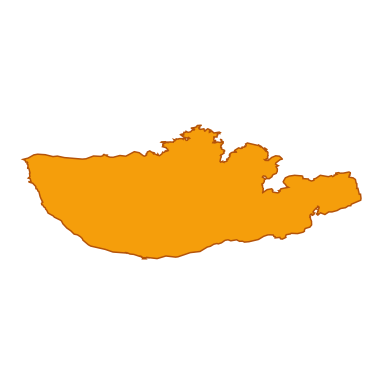 the district of Sula nor, Møre og Romsdal, Norway
{"feature_id": "86288312B40497939679228", "entity_name": "Sula nor", "entity_type": "district", "adm_level": 2, "iso_a3": "NOR", "parent_name": "Norway", "parent_adm1": "Møre og Romsdal", "projection": "mercator", "projection_center": [6.236, 62.423], "detail": "fine", "context": "isolated", "style": "filled", "palette": "amber", "viewbox_px": 384, "rotation_deg": 0, "n_neighbors": 0, "source": "geoboundaries", "source_scale": "gbopen_adm2", "svg_char_len": 6056}
<svg xmlns="http://www.w3.org/2000/svg" viewBox="0 0 384 384"><path d="M201.6,125.2L197.4,125.5L196.6,126.3L196.7,126.8L194.3,127.6L190.9,128.1L194.5,129.3L194.3,129.9L192.1,130.2L190.6,131.8L188.0,132.4L186.0,131.3L185.7,132.3L183.9,132.4L183.9,133.2L182.9,133.9L183.7,134.4L183.6,134.8L181.3,134.2L180.8,134.5L182.2,135.2L181.3,135.3L183.7,137.1L187.2,138.1L188.5,137.4L189.7,138.3L188.0,139.2L187.4,140.3L186.1,140.4L185.1,138.7L183.3,138.6L183.1,139.3L182.2,138.6L179.1,138.6L178.2,139.1L176.2,138.9L176.2,139.5L175.4,140.1L173.9,139.6L174.8,140.8L173.4,141.6L173.3,142.2L170.4,142.0L170.4,141.3L170.2,142.1L167.8,142.1L167.8,142.6L165.4,141.7L161.6,141.9L161.2,142.2L164.9,143.1L163.2,143.8L163.1,144.6L162.8,144.6L162.8,145.6L163.3,145.6L162.5,146.7L166.3,147.7L166.4,148.3L167.8,149.3L167.7,149.8L168.2,150.6L166.7,151.2L166.1,150.6L165.6,150.9L166.4,151.3L165.2,151.2L164.6,152.1L163.2,152.6L162.7,152.2L161.8,154.0L159.5,155.7L158.7,155.5L157.8,154.0L157.4,155.1L154.6,153.8L153.7,154.0L153.1,153.3L153.8,152.7L151.7,152.2L149.8,150.9L147.4,152.0L146.9,153.4L146.4,153.6L146.1,154.5L146.6,154.9L146.3,155.3L144.6,156.2L143.2,155.7L139.2,152.7L134.3,151.7L125.8,156.2L119.9,155.5L113.2,157.3L109.8,157.2L106.6,155.9L107.1,155.1L104.7,155.0L104.0,154.4L103.4,154.7L103.0,155.7L100.9,156.4L93.5,156.0L86.0,158.8L82.3,159.1L64.4,157.6L57.4,156.1L53.0,156.6L45.2,154.7L37.6,154.2L33.8,154.9L28.1,158.1L23.0,159.4L25.1,160.3L25.7,162.0L27.1,162.0L27.6,162.7L27.0,163.3L27.1,164.0L27.9,164.4L28.0,166.8L27.7,167.4L27.7,168.2L28.4,168.0L29.1,169.3L30.0,173.0L29.5,173.3L29.9,176.7L28.3,178.1L30.2,178.7L31.0,181.6L29.0,181.6L29.1,182.1L32.7,183.2L35.7,186.4L36.0,188.7L37.2,189.1L38.0,191.1L38.9,191.7L40.2,196.8L41.6,200.1L42.0,200.3L42.1,201.4L42.8,202.1L41.5,203.3L41.8,204.7L42.6,204.8L43.9,206.9L45.3,207.8L45.6,209.1L46.7,210.2L48.1,213.1L53.1,215.8L54.4,217.2L60.5,220.2L61.5,221.0L62.9,223.8L66.9,228.1L70.8,230.8L74.1,234.1L77.4,234.8L80.4,236.7L82.3,238.6L82.9,240.1L88.4,244.8L90.8,246.1L105.3,249.4L112.9,252.0L125.8,253.0L125.2,252.6L125.5,252.5L126.8,253.2L127.0,252.7L129.9,254.0L133.8,254.4L140.1,256.5L139.7,256.1L140.3,256.1L141.2,257.0L141.5,256.6L142.9,257.9L142.5,258.8L145.2,258.8L143.3,257.6L146.4,258.7L144.8,257.7L148.2,257.8L147.9,257.5L157.1,258.6L165.9,256.0L175.6,257.1L178.0,256.8L190.3,252.6L200.0,251.5L207.4,247.0L210.3,246.3L213.8,244.2L216.9,243.5L218.3,243.9L221.5,242.8L225.1,240.3L228.1,239.8L230.8,240.8L236.6,239.8L239.5,241.3L242.5,241.2L244.5,242.1L249.0,241.7L258.4,239.5L263.7,236.3L267.8,234.9L270.2,234.8L273.2,235.0L273.9,236.4L275.1,236.7L275.1,237.9L279.9,237.4L280.5,238.8L282.3,239.1L285.9,237.4L285.5,236.2L286.3,234.7L290.5,233.9L291.1,233.3L297.6,233.6L303.0,232.2L304.4,231.3L304.4,230.1L305.2,228.5L309.9,227.1L311.6,224.9L311.5,221.2L310.5,219.0L310.4,217.8L309.8,217.3L310.2,216.6L309.9,216.5L310.0,215.2L311.2,214.0L311.9,214.1L312.0,215.2L312.4,215.3L313.9,214.4L314.5,213.0L313.9,213.1L313.0,212.0L314.2,210.2L315.9,208.5L316.2,208.7L316.0,208.3L317.5,207.5L317.6,206.3L318.6,206.5L319.1,207.4L318.9,208.5L318.1,209.6L318.4,211.1L317.7,211.5L317.2,213.5L315.9,214.1L317.9,214.0L317.5,215.6L318.3,214.1L318.5,214.5L320.5,212.8L324.9,214.5L328.8,211.9L332.1,211.9L337.2,210.5L340.7,208.5L345.5,207.7L348.4,205.8L350.8,205.7L351.3,204.2L360.7,200.2L361.0,198.4L360.5,194.2L359.3,194.3L357.9,188.3L356.7,188.4L356.9,187.8L356.8,183.6L356.1,183.0L355.4,179.5L353.2,177.9L348.9,177.1L349.0,176.2L349.6,175.5L349.3,175.5L349.5,174.6L350.3,173.6L350.3,172.7L349.0,172.0L343.5,173.1L339.9,173.2L338.8,172.6L335.2,173.2L336.2,173.5L336.0,174.0L336.8,174.4L334.1,175.2L334.2,175.7L332.7,176.6L331.5,175.7L328.4,176.7L320.3,175.3L316.0,178.3L313.8,179.0L313.9,180.3L311.5,181.0L309.0,180.1L308.4,179.0L303.1,178.6L303.3,178.2L302.8,177.5L302.6,176.2L301.8,175.9L294.6,175.3L289.2,176.1L285.4,177.8L283.2,181.6L283.6,182.7L285.6,184.6L286.4,186.1L288.5,187.3L280.9,188.8L280.3,189.9L279.3,190.4L280.2,190.5L280.0,191.3L278.9,191.4L278.9,192.5L277.5,192.9L272.9,192.1L272.3,190.9L272.9,190.2L271.7,188.8L267.2,189.6L262.7,192.7L262.6,192.4L263.2,190.8L262.9,189.8L263.2,189.4L263.3,188.4L262.6,187.5L262.5,185.2L262.1,185.2L262.0,183.9L263.4,183.2L264.3,181.5L264.2,180.1L265.6,179.1L262.4,177.2L262.6,176.6L263.4,175.9L265.5,176.3L267.0,178.6L269.2,178.7L272.0,176.7L272.4,175.4L273.4,174.5L276.2,173.4L277.2,171.5L277.4,169.0L276.1,166.8L278.3,165.7L275.5,164.2L275.8,163.0L280.0,159.7L282.2,159.1L282.1,158.7L279.4,156.2L275.7,155.8L271.6,157.5L268.3,160.5L265.2,160.4L264.7,159.8L265.8,160.0L266.3,158.7L267.8,158.7L267.5,156.6L268.4,155.2L267.8,155.6L267.9,152.4L267.4,151.7L266.1,151.5L264.0,149.0L264.4,148.7L266.5,150.1L266.9,149.5L264.7,148.0L263.6,148.7L260.8,146.2L260.4,146.8L259.5,146.2L259.8,145.9L258.6,144.9L257.7,145.4L247.4,143.0L245.6,144.0L246.1,145.2L245.6,146.5L244.8,146.1L244.1,147.2L242.1,147.1L241.9,147.5L242.1,148.2L240.9,148.5L238.6,147.9L234.8,150.3L234.3,151.3L236.1,151.6L236.3,152.2L232.2,152.3L230.9,153.0L229.8,154.0L230.1,154.6L229.5,154.7L229.4,155.5L229.9,155.8L229.8,156.7L228.1,158.3L227.9,159.4L226.1,159.0L227.6,159.6L226.9,160.3L226.8,161.3L224.1,161.9L224.0,162.4L222.4,161.8L222.5,161.3L220.7,162.2L220.0,161.4L220.7,158.1L221.3,156.9L220.9,155.6L220.5,155.5L221.1,154.6L221.6,154.8L224.1,153.0L223.6,151.9L224.6,151.1L224.5,150.4L221.6,149.1L221.5,147.6L220.7,147.6L220.9,146.2L221.3,145.7L220.9,145.2L223.1,143.2L223.2,141.8L222.9,141.6L222.5,142.6L221.6,142.2L221.6,139.8L220.1,139.2L221.3,140.2L221.3,142.0L220.5,142.6L217.6,142.0L214.9,142.9L212.8,142.7L213.1,142.1L215.2,142.0L215.7,141.2L215.5,140.5L214.5,140.9L214.1,140.5L213.7,139.3L214.2,137.7L213.8,137.6L213.9,136.9L217.0,137.0L217.2,135.1L217.9,134.7L217.3,133.5L218.5,133.0L219.8,133.6L219.9,133.0L219.5,132.7L220.0,132.5L219.2,132.1L213.9,133.0L211.9,131.1L209.4,132.3L209.4,131.0L210.6,130.1L207.8,128.8L205.8,130.1L205.5,130.8L204.6,131.0L203.9,128.8L200.4,129.4L199.2,128.9L198.7,127.9L199.0,127.3L199.7,127.5L199.9,126.1L201.6,125.2Z" fill="#f59e0b" stroke="#b45309" stroke-width="1.5"/></svg>